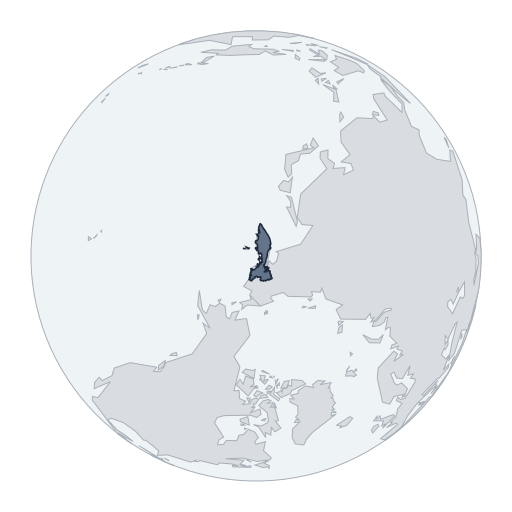 globe centered on Kamchatka, rotated 150°
{"feature_id": "RUS-3468", "entity_name": "Kamchatka", "entity_type": "Region", "adm_level": 1, "iso_a3": "RUS", "parent_name": "Russia", "parent_adm1": "", "projection": "orthographic", "projection_center": [164.844, 57.899], "detail": "fine", "context": "on_globe", "style": "filled", "palette": "slate", "viewbox_px": 512, "rotation_deg": 150, "n_neighbors": 0, "source": "natural_earth", "source_scale": "10m", "svg_char_len": 17752}
<svg xmlns="http://www.w3.org/2000/svg" viewBox="0 0 512 512"><g transform="rotate(150 256 256)"><circle cx="256" cy="256" r="225" fill="#eef3f6" stroke="#a8b0b8"/><path d="M312.6,466.1L312.8,466.5L312.5,466.7L312.6,466.1ZM465.2,172.4L464.9,172.1L469.8,213.2L467.8,216.2L463.7,212.3L444.8,220.0L462.5,222.0L459.1,227.1L452.5,229.4L451.4,225.0L440.6,224.4L434.7,229.9L418.2,226.5L397.6,209.3L402.3,207.2L396.8,203.7L390.5,206.3L387.7,208.9L360.1,203.1L337.5,213.5L335.4,224.3L331.9,216.4L331.3,242.3L322.3,254.5L329.4,236.2L327.8,231.0L320.1,236.8L316.8,232.7L311.1,233.3L307.8,228.1L312.2,218.2L310.2,214.8L304.9,219.1L298.2,216.9L306.3,211.0L295.5,206.6L300.9,190.3L325.3,180.1L325.3,168.1L342.5,150.3L337.9,148.1L341.5,140.6L337.6,135.5L341.9,134.0L335.0,131.3L331.8,133.6L327.8,133.3L325.2,130.6L330.2,128.1L332.2,129.1L332.4,127.0L336.0,127.0L332.7,125.5L339.1,123.0L329.0,121.5L330.9,116.3L336.2,115.8L340.5,121.0L363.6,133.8L370.3,135.5L375.3,132.4L374.6,115.4L380.0,115.4L383.7,111.7L378.5,109.1L373.8,111.1L365.1,105.7L360.3,109.3L356.1,107.7L349.2,109.7L345.0,104.0L344.7,97.5L350.1,95.8L350.1,93.0L340.7,90.5L346.8,83.7L343.7,73.4L345.8,72.5L357.7,77.5L368.4,87.6L383.7,95.6L368.5,85.1L374.2,83.5L372.9,81.2L369.5,78.4L365.3,77.0L366.1,75.5L381.5,85.0L381.0,86.4L376.1,83.3L381.2,88.2L391.6,95.3L393.6,94.3L407.1,107.1L408.7,106.6L412.6,109.4L409.1,109.1L415.6,110.1L431.8,127.8L441.1,132.7L437.7,135.8L440.0,142.5L443.6,151.6L445.3,152.4L447.9,164.2L454.2,178.0L462.5,187.9L466.4,188.3L463.1,174.4L459.3,167.4L455.2,156.9L464.0,171.9L457.9,156.3L460.2,160.9L465.2,172.4ZM391.5,356.6L389.8,353.1L393.5,353.1L391.5,356.6ZM387.0,352.4L388.0,353.3L386.8,352.8L387.0,352.4ZM385.0,353.0L386.5,352.6L384.9,353.5L385.0,353.0ZM382.4,354.4L383.8,353.5L383.7,353.8L382.4,354.4ZM444.5,136.1L437.2,122.4L444.1,132.7L442.3,130.1L443.6,132.9L446.9,140.1L452.2,150.3L444.5,136.1ZM378.0,355.2L376.8,355.3L378.0,354.0L378.0,355.2ZM435.0,124.1L436.5,126.9L434.6,123.8L435.0,124.1ZM386.9,210.8L390.7,206.8L397.7,206.1L394.9,209.9L386.9,210.8ZM373.2,212.3L374.1,209.1L380.1,212.8L377.8,213.5L373.2,212.3ZM334.7,233.1L338.4,229.7L335.9,234.5L334.7,233.1ZM310.9,234.3L310.9,236.7L308.0,236.0L310.9,234.3ZM352.0,112.7L350.7,111.2L352.6,111.6L352.0,112.7ZM350.3,115.1L353.5,116.6L353.2,118.0L351.2,117.0L350.3,115.1ZM300.3,227.5L295.6,226.0L301.1,225.8L300.3,227.5ZM346.3,112.9L352.2,120.2L351.5,122.6L343.4,121.0L346.3,112.9ZM293.3,223.9L281.9,220.6L280.9,225.4L277.1,210.4L288.1,217.9L295.1,216.9L292.0,220.3L293.3,223.9ZM332.0,135.6L335.2,132.9L334.9,137.7L332.0,135.6ZM332.8,138.7L337.6,154.5L331.5,157.3L331.1,151.3L325.1,157.3L319.7,150.9L321.8,146.2L326.8,145.5L320.9,143.6L332.8,138.7ZM276.9,202.8L274.8,200.7L277.8,201.0L276.9,202.8ZM326.1,133.6L327.6,136.4L322.4,139.0L318.4,133.8L321.4,134.6L326.1,133.6ZM326.1,162.1L321.5,163.3L315.9,158.4L313.4,158.2L319.0,151.0L326.1,162.1ZM321.3,132.7L316.5,131.2L316.6,127.6L324.3,131.0L321.3,132.7ZM322.8,141.9L320.1,142.9L320.3,140.6L322.8,141.9ZM314.2,114.4L316.2,117.5L313.6,119.0L314.2,114.4ZM314.8,130.9L314.7,132.2L314.0,133.2L310.9,131.6L314.8,130.9ZM314.7,148.1L313.3,145.9L312.1,150.8L307.8,147.5L312.4,143.4L308.6,143.8L307.3,142.8L312.5,140.6L314.7,148.1ZM305.5,133.1L309.8,127.0L306.8,120.8L309.0,119.2L313.5,129.4L305.5,133.1ZM309.2,137.6L307.4,134.4L311.0,133.9L314.4,135.8L309.2,137.6ZM303.3,146.9L308.7,153.0L307.5,153.7L303.3,146.9ZM303.9,131.3L302.9,132.9L303.3,131.0L303.9,131.3ZM302.7,142.2L304.8,144.2L303.4,144.9L302.7,142.2ZM299.2,134.3L300.6,132.3L303.0,133.5L299.2,134.3ZM300.2,138.0L297.8,138.6L303.0,135.1L301.4,138.8L300.2,138.0ZM301.0,142.6L300.9,143.7L300.4,141.6L301.0,142.6ZM289.4,131.3L295.3,126.7L300.6,129.1L294.1,133.3L289.4,131.3ZM236.6,31.6L226.7,33.2L214.6,35.0L181.3,45.5L176.3,47.3L175.4,46.3L146.5,59.4L142.9,62.5L121.5,76.9L110.4,86.9L114.9,88.8L133.2,72.2L141.2,69.3L130.3,82.2L115.0,98.2L117.6,97.6L131.3,88.0L131.9,92.5L136.5,84.9L131.6,87.3L134.4,82.9L139.0,80.4L139.0,82.0L144.8,77.8L143.2,71.9L138.1,73.8L150.7,63.5L143.3,65.8L145.3,63.3L158.5,58.7L160.3,59.2L181.5,53.0L180.7,51.4L160.6,57.4L165.1,55.2L163.9,53.7L168.3,53.2L190.4,47.7L204.4,41.9L215.3,35.4L225.0,33.5L236.4,32.4L239.5,35.5L217.4,39.5L218.3,41.2L228.7,42.2L221.2,43.5L222.7,44.6L215.0,46.8L210.0,52.5L203.1,55.5L206.8,60.6L203.8,63.0L202.4,59.2L197.8,58.4L181.2,67.5L179.6,70.0L183.4,72.8L178.4,75.2L184.2,76.7L177.4,84.0L190.5,76.5L195.3,80.1L194.4,86.4L198.3,86.4L199.8,76.3L198.3,73.6L193.3,73.3L191.2,65.4L195.7,61.8L206.7,65.4L214.3,60.9L219.5,66.1L212.2,89.3L206.2,97.9L184.2,104.7L182.3,100.5L189.2,95.8L177.6,97.0L181.0,98.4L176.9,100.5L180.4,105.0L177.6,106.8L185.7,108.2L182.7,111.0L177.6,110.0L180.2,119.5L175.4,126.6L177.4,128.0L180.8,127.4L172.5,137.1L174.3,137.7L177.7,134.7L183.5,134.0L190.5,136.7L187.3,139.9L184.3,139.4L173.1,143.2L165.7,141.6L165.1,143.2L170.7,145.5L184.4,140.7L189.5,141.4L183.3,144.3L185.9,143.3L187.5,144.7L185.9,149.2L192.9,146.4L214.2,159.1L213.4,169.5L205.4,170.3L216.9,183.8L215.0,195.3L218.2,192.4L225.8,197.4L226.5,193.8L228.6,192.9L248.5,205.1L250.6,210.8L262.8,213.6L264.4,212.2L263.5,208.1L277.1,210.4L280.9,225.4L277.0,227.7L282.0,235.9L272.4,240.2L266.8,247.8L253.4,248.2L250.2,254.5L252.5,257.1L249.8,267.8L236.1,281.8L236.8,259.2L255.3,237.7L246.9,245.3L245.7,240.4L240.8,241.2L235.1,247.0L236.3,249.7L211.4,243.9L191.5,254.0L200.4,260.2L201.1,268.6L186.3,287.3L151.0,296.1L151.5,308.9L148.3,313.9L140.6,311.9L145.1,304.4L141.7,296.9L145.5,293.3L134.7,288.0L139.5,282.6L128.7,281.6L127.5,288.6L135.2,294.9L123.8,296.8L125.4,312.0L120.2,322.0L99.4,325.2L86.2,316.6L84.2,318.5L81.8,310.0L74.3,308.1L75.4,333.3L73.9,337.3L63.7,333.3L64.3,330.0L57.8,307.4L53.5,314.5L58.2,334.0L59.8,346.9L54.7,335.4L53.5,323.4L51.3,315.1L54.2,308.1L56.6,290.5L51.7,283.7L54.3,279.0L56.9,259.9L51.1,249.4L40.3,240.7L35.2,250.9L33.1,248.3L39.5,218.8L46.3,205.5L46.1,199.7L54.8,179.2L62.4,152.5L65.7,147.9L66.7,143.8L73.1,133.2L79.1,126.8L81.9,121.5L66.7,139.0L63.8,145.1L64.6,148.6L60.6,153.1L54.7,164.7L53.3,159.5L59.5,145.9L68.8,130.7L79.3,116.2L104.2,91.0L105.3,90.6L105.6,90.5L106.2,90.0L105.2,89.7L111.8,84.8L91.4,102.3L89.8,103.9L101.6,91.9L114.2,80.9L127.6,70.9L141.7,61.9L156.4,53.9L171.7,47.1L187.5,41.4L203.6,36.9L220.0,33.6L236.6,31.6ZM95.1,117.5L88.4,129.3L98.0,123.8L96.2,128.0L100.1,124.7L98.7,123.3L109.3,115.7L108.8,121.1L113.0,120.2L115.4,116.2L114.6,107.8L99.5,118.4L98.2,115.8L95.1,117.5ZM446.5,136.1L444.3,132.5L443.6,131.3L445.6,134.4L446.5,136.1ZM438.5,123.9L439.9,125.9L436.1,120.7L438.5,123.9ZM435.4,119.7L435.7,120.2L432.0,115.4L435.4,119.7ZM439.0,128.1L437.9,126.1L439.2,127.5L439.0,128.1ZM433.6,121.9L434.3,122.9L434.2,123.4L433.6,121.9ZM373.2,82.9L372.1,82.1L369.3,79.3L371.8,80.7L373.2,82.9ZM349.2,67.6L351.0,65.6L351.5,67.8L355.5,69.1L361.4,75.5L347.2,72.4L352.6,72.5L349.2,67.6ZM365.4,83.8L363.2,79.7L366.2,84.4L365.4,83.8ZM239.0,49.6L234.5,49.3L234.6,47.2L243.4,44.4L243.3,47.3L239.0,49.6ZM228.0,49.5L236.5,54.4L231.3,56.7L232.8,54.5L228.5,55.5L229.7,52.3L216.5,50.1L215.7,48.2L232.5,43.5L227.4,45.9L232.2,45.9L228.0,49.5ZM267.2,66.1L270.8,69.2L255.0,70.0L253.4,67.1L262.1,63.9L269.1,65.4L267.2,66.1ZM330.9,108.9L333.3,110.7L331.9,111.3L328.7,110.3L330.9,108.9ZM315.3,115.7L318.9,102.2L321.8,103.4L320.4,94.5L327.6,94.3L328.3,100.0L332.7,93.5L336.2,98.6L338.4,93.9L339.2,106.6L342.5,111.2L336.1,106.0L329.4,106.0L327.5,107.3L324.6,114.8L328.4,125.1L322.4,127.0L317.1,125.6L315.3,123.4L319.8,122.8L314.1,120.3L319.2,117.8L315.3,115.7ZM258.8,113.2L264.8,112.6L254.2,108.8L259.3,105.6L257.7,105.4L259.5,101.5L258.9,96.5L261.9,95.7L260.4,94.1L261.5,91.6L260.5,89.2L265.5,87.1L264.6,84.1L267.4,84.8L264.6,80.3L268.9,82.7L270.8,80.0L265.6,79.1L295.0,75.1L304.0,72.1L309.1,68.4L315.9,73.6L315.5,80.6L310.7,88.0L301.1,90.4L306.0,92.5L302.8,94.3L300.3,91.9L302.2,96.8L298.9,97.7L294.7,105.4L299.5,112.4L298.1,115.5L294.6,113.3L295.6,118.0L288.0,116.0L286.8,118.3L278.1,118.8L272.0,113.4L271.1,116.4L264.5,117.2L258.8,113.2ZM286.9,131.2L278.4,125.1L277.0,120.5L292.8,121.6L294.9,119.8L304.9,120.8L306.7,127.6L303.7,126.6L301.2,127.3L301.6,124.9L299.4,127.4L295.1,126.2L292.2,127.9L290.3,125.4L286.9,131.2ZM173.5,49.2L170.3,50.6L165.7,53.0L164.9,52.3L173.5,49.2ZM188.7,45.2L186.1,46.3L182.7,46.1L186.1,44.8L188.7,45.2ZM187.6,47.4L186.2,46.4L189.0,46.2L187.6,47.4ZM200.3,60.6L197.9,62.3L196.6,61.9L196.5,60.4L200.3,60.6ZM228.6,102.6L232.2,102.7L232.2,103.8L238.5,107.3L235.3,110.2L230.2,109.2L228.6,102.6ZM116.4,86.0L117.9,83.2L120.3,81.5L119.3,82.8L116.4,86.0ZM141.2,65.5L134.2,69.9L141.1,65.2L141.2,65.5ZM226.1,106.3L229.1,107.3L225.6,108.2L226.1,106.3ZM233.3,112.5L229.7,113.8L235.6,110.9L233.3,112.5ZM96.5,406.9L101.7,411.8L101.6,412.1L96.5,406.9ZM91.0,400.5L96.6,405.8L90.4,400.7L91.0,400.5ZM98.8,407.9L104.5,412.0L106.9,413.4L106.7,414.0L98.8,407.9ZM87.4,396.9L69.7,376.4L63.3,366.5L64.3,366.7L74.7,380.7L87.4,396.9ZM63.9,365.9L54.7,347.1L45.9,310.9L49.0,318.2L59.0,348.3L58.2,348.8L63.7,361.3L63.9,365.9ZM87.9,386.1L87.2,390.0L76.9,378.5L72.6,372.5L69.5,362.1L71.2,360.7L74.6,365.1L90.6,369.0L95.6,377.5L90.1,377.9L94.4,387.0L87.9,386.1ZM35.0,253.0L33.7,264.9L33.0,261.8L35.0,253.0ZM99.0,366.4L91.2,365.7L98.9,363.9L99.0,366.4ZM104.7,362.5L104.2,365.8L102.4,360.4L104.7,362.5ZM82.2,322.6L78.5,318.7L79.4,316.4L84.7,320.1L82.2,322.6ZM116.2,330.3L112.6,336.9L110.6,338.3L110.6,332.4L116.2,330.3ZM202.8,134.5L197.5,126.2L191.7,122.7L185.0,124.3L192.2,118.7L201.2,124.2L202.8,134.5ZM213.1,155.6L219.0,154.5L218.0,157.6L216.6,158.2L213.1,155.6ZM215.5,153.1L219.7,147.0L224.0,148.1L219.9,152.7L215.5,153.1ZM222.6,125.6L221.3,122.9L224.1,122.3L222.6,125.6ZM96.3,414.9L108.7,425.6L118.1,428.9L130.5,437.5L137.3,437.1L151.3,445.0L149.4,447.7L166.6,457.7L171.9,451.6L188.5,466.1L205.2,472.7L217.2,477.5L214.5,477.4L197.9,473.7L181.7,468.7L165.9,462.5L150.7,455.1L136.0,446.6L122.0,437.1L108.7,426.5L96.3,414.9ZM253.0,476.3L256.6,476.6L264.3,477.8L258.3,477.6L253.0,476.3ZM303.7,469.3L306.7,469.5L302.5,470.3L303.7,469.3ZM312.5,466.7L307.3,467.9L312.6,466.1L312.5,466.7ZM265.0,472.2L267.3,472.7L266.1,472.9L265.0,472.2ZM263.4,472.0L264.6,471.1L265.2,472.0L263.4,472.0ZM243.9,465.6L245.5,465.2L246.6,465.8L243.9,465.6ZM109.4,418.2L116.1,420.5L120.3,423.2L109.4,418.2ZM240.5,464.1L235.9,463.4L236.1,462.8L240.5,464.1ZM240.3,462.6L239.4,461.6L243.2,464.1L240.3,462.6ZM230.8,459.3L236.9,461.8L230.2,459.4L230.8,459.3ZM227.6,459.0L223.5,457.6L223.7,457.3L227.6,459.0ZM187.3,450.4L201.9,459.9L191.4,456.8L179.3,449.5L171.9,449.7L154.0,441.4L157.4,441.1L154.5,436.7L137.4,426.3L133.9,422.0L139.6,423.8L129.0,415.5L140.5,421.4L145.6,429.0L152.4,428.9L165.0,435.8L178.2,442.7L189.8,450.0L187.3,450.4ZM141.5,431.9L143.6,433.1L142.0,433.4L141.5,431.9ZM215.8,453.7L221.7,457.0L221.1,457.4L218.4,456.5L215.8,453.7ZM192.2,450.0L204.3,449.9L207.4,450.8L199.5,452.7L192.2,450.0ZM200.9,446.5L206.9,448.7L210.4,451.7L209.3,452.0L200.9,446.5ZM118.0,413.0L117.7,414.0L114.9,411.0L118.0,413.0ZM121.5,414.7L130.3,421.9L120.8,415.3L121.5,414.7ZM97.6,391.2L99.8,396.4L106.7,400.2L101.5,398.7L106.7,407.8L105.4,408.4L100.0,398.9L99.1,403.2L96.1,400.4L93.9,394.1L96.7,390.6L99.7,390.6L112.4,400.0L97.6,391.2ZM121.2,410.8L119.1,405.4L120.8,403.9L123.1,407.7L121.2,410.8ZM113.5,391.0L108.9,381.9L103.8,379.7L115.0,381.0L117.5,389.6L113.5,391.0ZM111.0,376.7L106.1,374.6L111.7,374.4L111.0,376.7ZM105.4,371.9L105.8,368.0L109.1,371.5L105.4,371.9ZM113.3,378.8L115.8,373.5L116.7,378.5L113.3,378.8ZM106.7,358.8L112.4,371.1L103.5,360.1L107.3,347.9L111.4,351.3L106.7,358.8ZM156.0,327.8L157.3,323.1L162.2,325.3L159.9,327.8L156.0,327.8ZM179.3,329.0L163.9,324.4L151.8,320.8L153.7,324.8L147.6,329.6L146.8,320.2L158.1,318.1L166.6,322.1L171.5,317.3L180.0,317.4L183.8,309.6L188.7,308.2L187.9,316.6L179.3,329.0ZM185.1,306.1L194.7,293.7L202.2,300.8L201.8,305.1L194.2,307.7L190.7,303.8L185.1,306.1ZM199.2,292.9L195.9,289.0L203.0,264.9L206.4,261.6L205.0,283.2L201.8,280.9L198.7,285.7L199.2,292.9ZM273.5,202.8L274.7,200.9L275.3,203.4L273.5,202.8ZM228.8,190.8L231.7,189.9L232.4,192.8L228.8,190.8ZM240.3,189.1L237.5,186.5L241.9,188.0L240.3,189.1ZM230.9,181.0L237.0,184.8L229.2,183.1L230.9,181.0Z" fill="#d9dde1" stroke="#a8b0b8" stroke-width="1"/><path d="M273.8,239.4L273.6,239.2L273.2,239.5L273.3,239.4L273.1,239.3L273.0,239.5L272.7,240.2L272.1,239.8L272.1,240.3L272.1,240.6L271.8,240.7L271.8,241.0L271.5,241.3L271.1,241.1L270.8,241.3L271.2,241.5L271.3,241.7L271.2,241.8L270.7,241.6L270.9,241.9L270.7,242.2L270.2,242.1L270.4,242.4L270.0,242.5L270.5,242.8L270.1,243.0L269.6,242.7L270.0,243.1L269.8,243.6L269.7,243.7L269.6,243.3L269.6,243.7L268.8,243.9L269.0,244.2L268.6,244.4L268.7,244.2L268.6,244.6L268.2,245.0L267.4,245.2L267.5,245.3L267.4,245.6L267.0,245.5L267.3,246.0L267.0,246.2L266.9,247.4L266.7,247.6L266.0,247.1L265.8,246.7L266.0,246.4L265.6,246.3L265.4,245.8L264.5,245.3L264.7,245.2L264.4,245.0L262.6,245.2L261.8,245.6L261.6,245.4L261.7,245.7L261.3,245.9L261.1,245.8L261.0,246.0L260.8,245.8L260.9,246.1L260.7,246.0L260.8,246.1L260.6,246.3L260.2,246.0L260.3,246.4L260.0,246.5L258.8,248.4L258.5,248.4L258.5,248.1L258.6,247.2L258.8,246.9L258.7,246.2L258.9,246.2L259.0,245.7L258.3,246.0L258.1,246.2L258.3,246.1L258.7,245.9L257.6,246.7L257.2,246.9L257.2,246.7L257.2,247.0L256.8,247.4L256.6,247.2L256.5,247.3L256.3,247.2L256.4,247.5L256.6,247.4L256.7,247.8L256.0,248.6L255.7,247.8L255.3,247.3L255.0,247.4L255.1,247.6L255.0,247.8L254.6,248.0L254.7,248.3L254.4,248.1L254.7,247.7L253.6,247.5L253.7,247.8L253.9,247.8L253.7,248.1L253.4,248.1L253.1,248.4L253.1,249.2L252.7,249.4L252.7,249.6L253.0,250.0L252.9,250.5L252.6,250.5L252.4,250.7L252.8,251.3L252.6,251.5L252.6,251.2L252.4,251.1L252.0,251.1L252.4,251.6L252.0,252.0L252.0,251.7L251.9,252.1L251.6,252.1L251.8,252.1L251.8,252.3L251.0,252.9L250.5,253.9L250.1,255.1L250.1,255.8L251.0,256.4L250.8,256.7L251.1,256.5L251.1,256.0L251.2,255.8L251.5,255.7L252.1,256.2L252.6,256.3L252.8,256.7L252.6,256.9L252.6,257.2L252.3,257.7L251.7,258.1L251.6,258.9L251.8,259.3L251.6,259.8L251.6,260.4L251.9,260.6L252.5,260.5L252.5,261.0L252.5,261.7L252.7,262.2L252.8,262.7L252.2,263.0L252.1,263.4L251.6,263.2L251.2,262.5L252.3,261.5L252.0,261.3L251.8,261.7L251.3,261.5L250.7,261.9L251.1,262.3L249.9,263.1L249.9,263.3L249.2,265.1L249.1,265.8L249.2,266.5L249.9,267.8L249.8,268.0L248.9,269.2L247.9,269.2L247.6,268.7L246.6,268.9L245.0,270.2L244.6,271.0L244.4,271.7L244.4,272.1L244.5,272.5L244.4,272.2L244.6,272.3L244.6,272.9L244.2,272.8L244.6,273.5L244.4,273.8L244.5,274.0L244.7,273.8L244.7,274.5L244.1,274.0L244.2,273.7L242.6,274.1L241.5,275.0L241.3,274.3L240.9,274.4L240.8,274.8L241.1,274.9L241.0,274.7L241.3,275.0L240.9,275.4L241.2,275.7L241.0,275.9L240.7,275.8L240.7,276.1L240.9,276.2L240.9,276.5L240.6,276.8L240.9,276.8L241.0,276.9L240.8,277.0L240.5,277.5L240.3,277.9L240.1,278.5L239.4,279.2L239.1,279.7L238.2,280.2L238.0,280.7L237.7,280.7L235.8,282.3L236.1,281.9L236.1,281.6L236.1,281.1L235.6,280.6L235.8,277.1L235.6,275.8L235.8,276.1L236.0,275.9L235.6,275.5L235.4,274.2L235.4,270.8L235.2,268.2L235.3,264.9L236.0,262.0L236.2,261.7L236.8,259.8L237.3,259.0L237.4,258.9L237.2,259.2L237.1,259.4L237.5,258.9L238.1,258.6L238.4,258.0L238.6,258.3L239.4,256.9L239.4,256.0L239.1,255.7L239.6,255.2L240.1,255.6L240.6,255.5L241.0,254.7L241.7,254.9L242.2,254.8L242.5,255.1L242.3,254.8L244.3,253.1L244.5,253.3L244.4,253.0L245.1,252.4L245.6,251.7L245.7,251.2L245.8,250.9L247.0,250.0L247.3,249.2L248.1,249.0L249.0,248.1L249.4,247.4L250.2,246.8L250.4,246.6L250.3,246.4L250.4,246.0L250.9,245.5L252.0,245.1L252.3,244.7L253.1,244.5L253.1,244.9L253.3,244.4L253.9,244.3L254.0,244.1L253.9,244.0L253.4,243.8L253.7,243.6L253.8,243.2L254.3,242.9L254.5,242.4L254.3,242.1L253.9,242.1L254.2,241.3L254.5,241.1L254.7,238.9L255.2,238.5L255.4,238.1L256.7,238.4L256.8,238.6L256.5,238.1L257.5,238.1L256.5,238.0L255.3,237.2L254.6,237.3L254.3,237.6L253.5,237.7L253.4,237.6L252.9,238.2L253.3,238.6L252.8,239.0L252.9,239.4L252.8,239.5L253.0,239.6L252.6,240.2L252.5,240.6L253.2,241.0L252.8,241.4L252.7,241.5L252.8,241.6L252.6,241.7L252.3,241.4L252.5,241.2L252.3,241.0L251.9,241.2L252.1,241.4L251.6,241.2L251.6,240.8L251.5,240.7L251.3,240.1L251.7,239.9L251.7,239.5L251.1,239.1L252.1,238.7L252.2,237.9L252.1,237.5L252.3,237.1L252.1,237.1L251.9,236.5L251.4,236.2L251.5,235.6L251.6,235.4L252.0,235.4L252.0,235.2L252.3,235.2L252.2,234.4L252.7,234.0L252.7,233.5L252.6,233.3L252.3,232.8L252.5,232.5L252.6,232.4L252.7,232.2L252.6,231.9L252.5,231.4L252.7,231.2L253.1,231.3L253.3,230.8L253.6,230.5L253.2,229.9L253.2,229.6L253.3,229.2L253.1,228.9L253.5,228.8L253.8,228.4L254.4,228.7L254.9,228.4L255.9,229.0L256.0,229.3L256.3,229.3L256.3,228.8L256.7,228.7L256.9,229.1L257.4,229.1L257.8,229.6L257.6,229.7L257.7,229.9L258.3,229.7L259.3,229.9L260.0,229.5L260.3,230.0L260.5,230.1L260.9,230.6L261.4,230.8L261.7,230.6L262.2,230.6L262.5,231.0L262.9,231.7L263.4,232.0L263.8,232.0L263.8,232.3L264.2,232.5L264.3,233.1L264.1,233.2L264.1,233.5L263.6,233.7L263.0,234.6L263.0,234.8L262.8,234.8L262.9,235.0L262.7,235.0L262.4,235.5L263.3,236.0L263.6,235.8L265.0,237.0L265.4,236.9L265.3,237.4L265.5,237.6L265.4,237.8L265.9,238.4L266.2,238.2L267.0,238.4L267.4,238.2L267.6,237.9L267.7,238.1L267.9,237.9L268.1,238.1L269.1,237.4L269.5,237.6L269.9,237.4L270.6,237.7L271.1,237.4L271.6,236.8L272.0,236.7L272.2,236.8L272.4,237.1L272.7,237.0L272.8,237.4L272.7,237.7L272.9,238.0L273.0,238.4L273.4,238.3L273.7,238.7L273.7,239.0L273.8,239.1L273.7,239.2L273.8,239.4ZM255.8,251.6L255.6,252.2L255.1,252.2L254.8,252.5L254.6,252.4L254.0,252.9L253.4,253.4L253.2,253.8L253.1,253.5L253.5,253.2L253.8,252.4L253.8,252.1L254.1,251.7L253.7,251.7L253.8,251.6L254.9,251.2L255.4,250.7L255.8,251.6ZM260.1,267.9L260.1,268.6L259.7,268.0L259.4,268.0L258.8,267.1L258.6,266.5L258.0,266.2L258.4,265.9L259.2,266.1L259.1,266.4L259.2,266.8L260.1,267.9ZM262.6,268.2L263.5,269.2L262.0,268.1L261.9,267.8L262.6,268.2Z" fill="#64748b" stroke="#1e293b" stroke-width="1.5"/></g></svg>